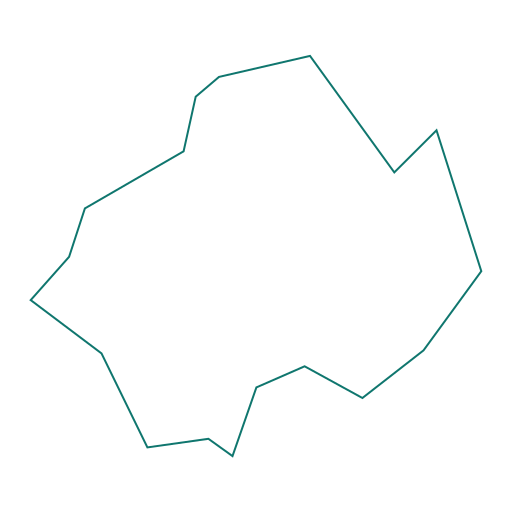 SVG path tracing the border of Wolverhampton
{"feature_id": "GBR-5693", "entity_name": "Wolverhampton", "entity_type": "Metropolitan Borough", "adm_level": 1, "iso_a3": "GBR", "parent_name": "United Kingdom", "parent_adm1": "", "projection": "mercator", "projection_center": [-2.117, 52.589], "detail": "fine", "context": "isolated", "style": "outline", "palette": "teal", "viewbox_px": 512, "rotation_deg": 0, "n_neighbors": 0, "source": "natural_earth", "source_scale": "10m", "svg_char_len": 349}
<svg xmlns="http://www.w3.org/2000/svg" viewBox="0 0 512 512"><path d="M436.5,130.3L481.3,271.2L423.5,350.4L362.4,398.0L304.6,366.3L256.4,387.4L232.5,456.1L208.4,438.8L147.4,447.4L101.5,353.4L30.7,300.1L69.1,256.8L84.9,208.4L183.6,151.3L195.7,96.7L219.0,76.9L310.0,55.9L394.3,172.4L436.5,130.3Z" fill="none" stroke="#0f766e" stroke-width="2"/></svg>